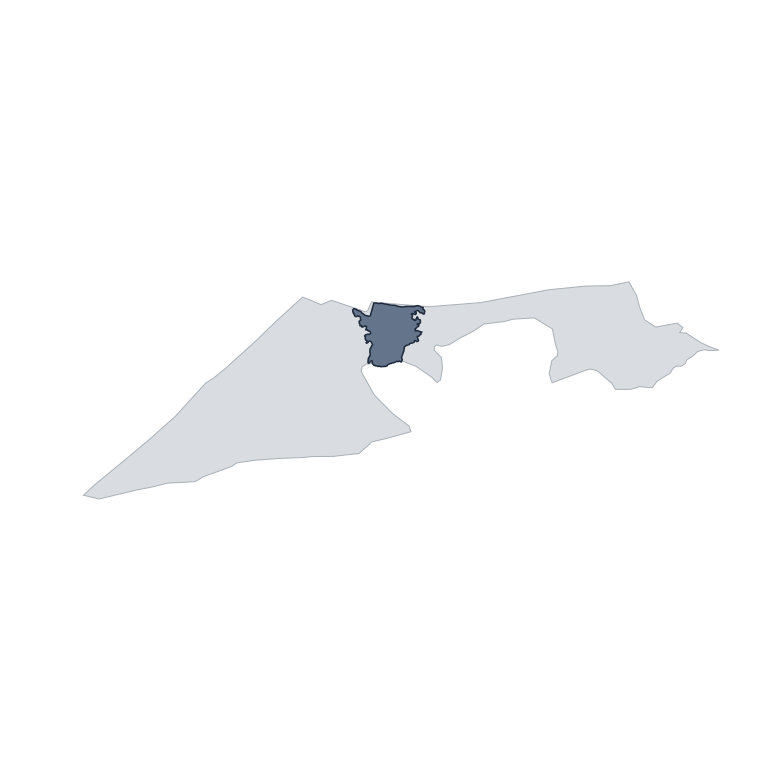 Ashqelon, HaDarom, Israel shown in context, rotated 66°
{"feature_id": "584046B11408100439208", "entity_name": "Ashqelon", "entity_type": "district", "adm_level": 2, "iso_a3": "ISR", "parent_name": "Israel", "parent_adm1": "HaDarom", "projection": "orthographic", "projection_center": [34.744, 31.637], "detail": "fine", "context": "in_parent", "style": "filled", "palette": "slate", "viewbox_px": 768, "rotation_deg": 66, "n_neighbors": 0, "source": "geoboundaries", "source_scale": "gbopen_adm2", "svg_char_len": 7407}
<svg xmlns="http://www.w3.org/2000/svg" viewBox="0 0 768 768"><g transform="rotate(66 384 384)"><path d="M489.3,64.2L486.0,72.9L482.9,77.5L481.9,84.5L484.0,90.1L485.2,97.8L487.7,100.0L488.7,105.1L486.5,110.0L487.6,114.1L490.4,117.9L492.5,133.3L496.5,140.6L490.3,151.7L489.2,160.8L483.1,174.7L475.9,175.7L459.2,183.5L456.9,185.8L454.0,190.2L453.5,193.6L451.3,230.0L442.1,229.1L430.9,221.2L428.7,214.3L425.3,212.0L417.3,211.2L402.2,207.8L384.7,219.8L377.3,239.7L375.8,248.9L369.8,268.4L372.0,280.4L373.0,295.9L374.6,308.6L373.0,316.2L369.6,320.3L370.7,323.2L373.7,324.3L383.3,320.8L393.5,324.2L403.4,330.8L404.2,335.0L397.2,337.6L380.9,347.6L369.3,359.1L366.3,369.8L358.6,392.4L359.6,397.1L363.4,399.8L390.2,397.3L414.5,388.1L432.7,378.2L438.5,378.8L434.8,403.8L431.8,419.2L433.1,421.8L437.3,435.1L429.6,459.5L421.0,479.3L417.9,488.7L409.5,509.7L400.8,534.0L396.2,550.7L397.3,556.6L395.2,587.3L396.5,596.0L386.3,622.6L384.2,635.7L380.1,653.6L373.1,691.2L363.4,703.8L358.5,689.8L347.4,649.5L339.5,622.0L328.7,588.0L310.7,546.7L309.1,536.7L305.2,522.3L292.9,484.7L282.9,457.5L271.5,422.9L285.9,409.2L286.2,397.9L310.5,371.5L310.3,368.9L303.9,361.9L304.8,360.7L331.7,311.5L348.9,262.7L365.0,194.9L376.4,160.4L386.1,137.6L390.3,118.7L405.9,117.3L417.5,119.2L431.4,119.8L442.5,112.6L447.7,91.3L454.0,87.9L457.3,92.9L460.5,87.3L475.0,77.8L482.1,71.7L489.3,64.2Z" fill="#d9dde1" stroke="#a8b0b8" stroke-width="1"/><path d="M362.5,385.8L362.7,385.6L362.9,385.2L363.2,385.0L363.5,384.8L363.6,384.5L363.8,384.3L364.2,384.1L364.2,383.6L364.5,383.2L364.9,382.9L365.4,382.3L365.6,382.2L365.7,381.8L365.6,381.2L366.0,380.8L366.3,380.7L366.5,380.2L367.1,379.7L367.3,378.4L367.5,378.1L367.8,377.6L368.0,376.6L368.1,376.2L368.5,375.8L368.6,375.6L368.7,374.8L368.7,374.3L368.6,373.7L368.1,373.3L368.0,372.7L367.9,372.2L367.9,371.0L367.8,370.3L367.9,369.7L368.3,368.9L368.3,368.6L368.1,368.2L368.1,367.8L368.2,367.4L368.4,367.0L368.6,366.5L368.6,366.0L368.6,365.3L368.6,364.6L368.6,364.0L368.5,363.6L368.6,363.0L368.8,362.6L369.1,362.5L369.2,362.3L369.3,361.7L369.3,361.1L369.3,360.7L369.5,360.5L369.9,360.3L370.0,360.1L370.2,359.8L370.6,359.7L370.9,359.1L370.6,358.9L370.3,358.6L370.1,358.2L369.7,357.8L369.2,357.4L368.5,357.3L367.5,357.3L366.7,357.0L366.3,356.7L365.8,356.1L365.3,355.7L365.0,355.5L364.5,355.1L364.2,354.6L363.7,354.1L362.7,353.3L362.3,353.0L362.1,352.5L361.7,352.4L361.0,351.8L360.6,351.7L360.3,351.6L360.1,351.2L359.8,351.0L359.1,350.9L358.7,350.7L358.4,350.3L358.3,350.0L358.4,349.4L358.1,348.8L357.9,348.3L358.0,346.1L358.2,344.9L357.6,344.0L357.7,343.1L358.1,341.2L358.1,340.8L358.1,340.1L358.0,339.4L357.7,339.0L357.3,338.7L357.0,338.3L357.0,337.9L357.3,337.5L357.6,337.4L358.1,337.1L358.6,336.7L358.7,336.2L358.7,335.2L358.2,334.7L356.1,334.6L355.2,334.5L354.7,334.5L354.3,334.3L354.1,334.1L354.4,333.2L354.4,332.8L354.4,332.4L353.8,331.8L353.8,331.1L353.8,330.4L353.5,329.9L353.0,329.7L352.3,329.5L352.2,329.3L352.2,328.9L352.1,328.6L352.0,328.4L351.5,328.8L351.1,329.3L350.6,330.1L350.1,330.5L349.2,331.3L348.6,332.1L348.4,332.3L348.3,332.7L348.4,333.3L348.2,333.7L347.9,333.6L347.3,333.3L346.8,333.4L346.3,333.0L346.2,332.8L346.0,332.2L346.0,331.6L345.8,331.3L345.4,330.8L345.4,330.0L345.4,329.0L345.1,328.6L344.8,328.5L344.4,328.4L344.1,328.1L343.8,328.0L343.5,328.2L343.4,328.6L343.4,329.1L343.4,329.3L343.2,329.4L343.1,329.2L342.6,329.0L342.5,328.8L342.5,328.5L342.6,328.3L342.9,327.9L343.1,327.6L343.2,327.3L343.1,326.3L342.9,326.0L342.6,325.7L342.2,325.5L341.7,325.5L341.5,325.3L341.0,325.0L340.5,324.9L340.1,324.9L339.8,325.1L339.5,325.6L339.0,326.0L338.7,326.2L338.3,326.4L337.2,326.3L337.0,326.1L336.7,326.1L336.3,326.3L336.2,326.6L336.4,327.0L337.2,327.5L337.5,327.9L337.6,328.3L338.0,328.4L338.3,328.8L338.6,329.0L338.7,329.6L338.3,330.2L338.0,330.5L337.8,330.4L337.6,330.1L337.4,330.1L337.2,330.6L337.0,330.9L336.6,331.1L336.2,331.4L335.9,331.7L335.3,331.8L334.7,331.2L334.2,331.1L333.9,330.6L333.5,330.4L333.2,330.2L332.8,329.9L332.6,329.9L331.9,329.9L331.8,330.2L331.3,330.5L331.0,329.9L331.2,329.4L331.3,329.1L331.8,328.6L332.4,328.0L332.8,327.6L333.2,327.3L333.3,326.8L333.1,326.4L332.7,326.2L332.6,325.8L332.3,325.6L331.8,325.6L331.3,325.7L331.2,326.0L331.1,326.6L330.9,326.7L330.6,326.7L330.4,326.0L330.4,325.5L330.5,324.1L330.5,323.4L330.8,322.9L331.4,322.8L331.7,322.4L332.2,322.2L332.7,322.3L333.6,322.1L334.0,320.7L334.5,320.7L334.9,320.4L335.1,320.1L335.9,319.8L336.3,319.3L336.3,318.8L336.1,318.4L335.8,318.2L335.2,318.2L334.9,317.9L334.7,317.5L334.5,317.3L333.6,317.1L333.0,317.1L332.4,317.5L332.0,318.1L331.6,318.2L331.2,318.0L330.9,317.7L330.4,317.2L330.0,317.2L329.8,317.2L329.2,318.7L328.3,319.0L327.1,320.1L326.3,321.1L325.8,322.1L325.6,324.2L324.8,326.5L324.3,327.1L324.1,328.0L323.7,328.8L323.2,329.9L322.8,330.6L322.6,331.2L322.1,332.1L322.0,333.0L321.7,334.0L321.4,335.1L320.8,336.4L320.2,337.3L319.5,338.5L318.8,339.5L318.4,340.2L317.8,340.5L317.3,341.0L316.4,342.3L315.7,343.7L314.3,346.3L312.4,348.8L311.0,351.0L310.1,352.1L308.9,354.0L308.5,355.9L307.9,356.8L306.5,358.8L306.1,359.9L305.9,360.3L309.6,363.4L315.5,368.3L316.1,368.7L316.1,369.8L315.9,370.3L315.5,370.8L315.3,371.2L315.0,371.4L314.5,372.2L313.2,373.8L312.6,373.9L311.5,374.3L310.8,375.0L310.0,375.3L309.1,375.5L308.5,375.6L307.9,376.2L306.7,377.3L306.0,378.0L305.3,378.6L304.0,379.4L302.9,380.9L303.2,381.3L303.6,382.5L304.5,382.8L304.9,382.9L305.4,383.2L306.4,382.8L306.9,382.9L307.3,383.3L307.7,383.2L308.3,382.8L308.9,382.7L309.3,383.0L309.7,383.1L310.1,383.0L310.7,382.6L311.2,382.0L311.3,381.4L311.0,380.7L311.1,380.2L311.4,379.8L311.8,379.7L312.0,379.3L312.5,378.9L313.5,378.4L314.1,378.6L314.6,378.9L315.0,379.1L315.6,379.2L316.1,379.2L316.4,379.7L316.5,380.5L316.5,381.0L316.8,381.4L317.3,381.5L318.1,381.7L318.8,382.0L319.4,381.7L320.0,381.7L320.4,381.9L320.8,382.2L321.3,382.1L321.4,381.6L321.4,381.2L321.6,380.8L321.9,380.8L322.6,381.1L322.9,381.1L323.3,380.3L323.4,379.2L323.3,378.7L323.2,377.8L323.6,377.6L323.8,377.4L324.0,376.7L324.3,376.6L324.9,376.8L325.1,377.0L325.6,377.2L326.0,377.7L326.3,377.8L326.5,378.2L326.8,378.5L327.4,378.4L327.5,377.4L327.7,377.2L328.3,377.1L328.7,377.1L329.0,376.5L329.5,376.4L329.7,375.9L329.9,375.7L330.9,375.4L332.1,375.5L332.4,375.7L332.5,376.1L332.6,377.2L332.5,377.8L332.2,378.1L331.9,378.3L331.8,378.9L331.7,380.0L331.7,381.3L331.9,381.9L332.2,382.1L332.6,382.2L333.1,381.7L333.4,381.7L334.2,382.3L334.5,382.6L335.4,382.8L336.6,382.8L337.0,382.1L337.8,382.1L338.4,382.3L338.6,382.9L339.0,383.5L339.4,383.5L339.6,383.4L339.7,383.1L339.7,382.6L339.6,381.9L339.4,381.4L338.8,380.7L338.8,380.4L338.8,380.1L338.9,379.7L339.8,378.8L340.3,378.6L341.5,378.5L343.6,378.5L343.8,378.9L343.9,379.5L344.1,379.8L344.4,380.0L344.6,380.3L344.7,380.5L345.1,380.7L345.3,380.9L345.4,381.2L345.7,381.3L345.9,381.7L346.0,382.2L346.2,382.5L347.1,382.8L347.6,383.2L347.9,383.4L348.6,383.6L348.9,383.8L349.3,384.1L349.9,384.1L350.7,384.2L351.0,384.4L351.3,384.7L351.8,384.9L352.4,385.1L352.5,385.6L352.9,385.9L353.0,386.1L353.1,386.5L353.3,386.7L353.5,386.8L353.8,387.2L353.9,387.5L354.3,387.7L354.6,387.9L354.8,388.4L355.7,388.5L356.1,389.0L356.7,389.2L357.0,389.4L357.2,389.7L357.8,389.8L358.6,389.8L358.7,389.6L358.8,389.1L358.8,388.6L358.4,388.1L358.0,387.8L357.8,386.8L357.7,386.4L357.7,386.0L358.0,385.6L358.6,385.5L359.0,385.6L359.3,385.9L359.7,386.2L360.8,386.2L361.3,386.0L362.0,385.8L362.5,385.8Z" fill="#64748b" stroke="#1e293b" stroke-width="1.5"/></g></svg>